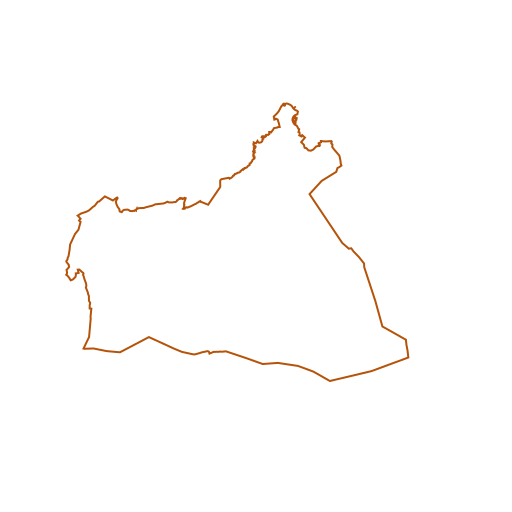 Melhus nor, Sør-Trøndelag, Norway (Albers equal-area conic projection), rotated 23°
{"feature_id": "86288312B97150685823203", "entity_name": "Melhus nor", "entity_type": "district", "adm_level": 2, "iso_a3": "NOR", "parent_name": "Norway", "parent_adm1": "Sør-Trøndelag", "projection": "albers", "projection_center": [10.176, 63.18], "detail": "fine", "context": "isolated", "style": "outline", "palette": "amber", "viewbox_px": 512, "rotation_deg": 23, "n_neighbors": 0, "source": "geoboundaries", "source_scale": "gbopen_adm2", "svg_char_len": 6010}
<svg xmlns="http://www.w3.org/2000/svg" viewBox="0 0 512 512"><g transform="rotate(23 256 256)"><path d="M76.1,288.5L76.7,288.7L79.9,290.3L79.7,290.6L79.3,292.5L81.2,293.2L82.3,301.2L80.8,306.5L80.4,318.0L82.0,323.2L83.5,329.4L83.4,331.4L83.8,332.6L83.7,333.4L83.4,334.9L84.0,335.6L87.1,337.3L87.2,337.7L88.2,338.9L88.2,339.3L87.6,341.4L87.0,342.8L88.5,344.9L88.9,346.5L88.6,347.3L88.7,347.5L90.4,347.9L92.8,349.2L94.9,350.8L95.9,349.9L96.8,348.8L98.0,345.7L97.6,343.9L96.9,342.4L97.8,342.0L99.3,340.8L98.6,340.1L97.9,338.9L97.3,338.2L98.7,337.5L102.3,338.8L103.4,339.0L104.0,339.4L104.2,340.2L104.1,340.9L105.2,341.9L107.0,344.2L110.3,347.7L111.2,349.2L111.6,350.0L111.7,351.5L115.4,355.2L116.4,356.7L117.8,358.1L119.6,362.2L120.3,363.0L121.5,363.7L121.9,364.7L122.1,366.2L123.4,369.3L125.0,368.8L127.4,376.5L128.3,378.2L129.1,380.7L134.0,395.8L133.4,408.6L134.2,408.5L142.6,404.6L155.7,401.9L168.4,397.8L189.1,372.5L216.9,373.3L225.3,373.2L236.0,371.2L238.0,370.6L242.3,367.2L243.7,365.9L248.6,362.5L249.8,362.4L250.3,362.7L251.3,364.0L254.5,360.8L259.6,358.5L260.0,358.1L261.9,357.5L265.6,355.5L285.9,353.9L304.4,352.8L317.8,345.9L337.5,340.8L354.0,340.0L372.8,342.2L407.2,316.9L435.9,289.9L432.4,283.8L429.2,279.0L426.7,274.5L399.9,271.5L383.6,251.0L360.0,224.0L358.4,220.7L351.3,216.8L344.0,213.7L340.7,211.7L339.1,212.6L338.7,213.0L330.3,210.3L281.1,178.1L287.1,161.2L297.0,147.2L296.6,143.2L297.9,141.6L299.3,139.4L297.7,137.6L297.5,137.0L296.2,134.8L293.5,131.0L286.4,127.5L283.5,125.8L283.4,125.1L283.1,124.5L283.0,123.8L282.6,123.4L281.5,123.1L281.2,122.8L281.1,121.2L280.5,120.8L275.2,123.4L272.3,124.4L271.4,124.5L270.8,124.8L271.4,125.9L270.9,126.6L269.7,127.4L269.6,127.6L269.8,127.9L269.8,128.2L270.5,128.4L270.4,128.5L270.9,128.8L270.9,129.1L271.6,129.5L271.4,130.0L270.3,130.3L268.5,131.8L267.2,135.5L265.4,137.6L263.0,138.3L260.2,137.0L259.5,137.3L258.5,137.4L256.6,134.9L253.1,133.5L254.8,127.9L251.3,126.7L251.1,128.2L248.7,128.0L248.8,127.2L247.7,125.2L246.7,125.3L246.6,124.5L246.2,122.4L245.2,122.3L242.8,120.2L240.3,119.9L239.5,119.5L238.2,118.6L236.5,116.8L236.2,116.0L236.0,115.1L236.0,114.9L235.9,114.1L236.2,112.5L236.9,111.1L238.7,109.4L238.1,106.6L236.7,106.2L235.3,106.3L233.5,105.9L232.3,105.3L230.4,104.0L228.8,103.5L226.3,103.4L224.7,103.6L223.6,104.4L223.4,104.8L223.5,104.9L223.2,105.4L223.2,105.9L223.3,106.1L223.7,106.0L223.8,106.2L223.7,106.4L223.3,106.3L223.1,106.0L223.2,105.1L223.0,104.8L222.4,104.8L221.8,105.1L221.7,105.5L222.1,105.3L222.1,105.5L222.1,105.9L222.4,105.4L222.5,105.4L222.6,106.5L222.1,106.8L222.4,106.3L222.4,106.0L222.0,105.9L221.9,106.6L220.9,107.9L220.8,108.6L220.5,112.7L220.3,114.2L219.7,116.3L218.3,119.8L217.9,120.4L217.9,120.8L219.6,123.3L220.3,122.7L220.6,122.2L220.7,121.8L222.6,121.9L225.4,125.2L227.4,128.0L225.8,128.8L225.4,129.4L222.5,131.4L222.4,133.3L222.1,133.9L222.1,134.4L221.5,136.4L220.9,136.2L219.7,136.7L220.6,138.6L220.1,139.0L219.9,139.8L217.9,140.5L217.8,141.5L217.5,142.1L218.2,142.3L217.6,143.2L216.3,142.8L215.6,143.0L214.9,143.4L214.8,143.7L214.8,144.3L215.5,144.2L216.6,145.0L216.4,145.3L216.7,145.5L216.3,145.9L216.3,146.1L216.9,147.3L216.5,149.1L214.9,150.4L214.0,150.6L212.4,149.5L212.2,151.5L211.9,152.3L209.6,152.3L209.9,152.9L210.4,153.4L210.3,153.7L209.9,154.1L210.7,154.8L210.8,155.1L210.8,155.4L211.4,155.6L212.0,155.1L212.8,155.3L212.8,155.6L212.1,155.9L212.0,156.4L213.0,156.5L213.0,157.0L212.8,157.4L212.0,157.8L212.7,158.7L213.2,159.2L212.5,159.5L212.4,159.7L212.5,159.9L213.1,159.9L213.3,159.7L213.7,160.1L213.4,160.6L212.7,160.8L212.6,161.0L212.9,161.2L213.8,161.4L213.3,161.8L213.4,162.0L214.1,161.9L213.7,162.8L213.8,163.1L214.2,163.5L214.2,164.0L214.4,164.1L214.1,164.4L214.9,165.6L216.1,165.6L215.9,166.7L216.4,167.0L216.0,167.6L215.3,168.7L215.2,169.9L215.4,170.5L215.0,171.2L214.9,172.5L214.0,173.3L214.6,174.8L214.5,175.0L214.0,175.4L213.7,175.9L213.2,176.8L213.2,177.4L212.8,178.3L212.2,178.6L212.0,179.1L211.3,179.4L211.3,179.6L211.0,179.8L211.2,180.2L210.8,180.8L210.3,181.0L210.3,181.7L209.8,181.6L209.7,182.0L209.4,182.3L208.8,183.4L208.8,183.7L208.5,184.1L208.7,184.5L208.4,185.0L207.7,185.9L206.9,186.2L206.3,186.9L206.3,187.2L206.0,187.6L205.7,187.7L205.2,188.4L204.5,188.7L204.4,188.9L204.5,189.3L204.2,190.0L204.3,190.4L203.5,191.1L203.5,191.9L203.3,192.6L202.7,193.6L201.9,194.7L201.6,194.8L201.4,195.1L200.8,194.6L200.3,194.7L194.3,198.7L193.7,199.6L193.6,200.7L196.1,206.4L191.9,227.5L184.9,227.6L183.8,227.8L183.3,227.2L182.3,228.2L182.0,229.1L181.1,229.9L180.8,230.7L180.2,231.5L179.8,231.8L177.1,235.1L174.2,238.1L173.4,238.1L173.1,238.5L172.7,238.6L172.2,239.3L172.1,240.1L170.7,241.1L170.3,241.1L170.6,240.2L170.7,238.6L170.3,238.4L170.3,237.9L169.9,237.3L169.9,236.5L169.4,236.2L169.0,235.0L169.0,234.2L168.8,233.0L168.7,230.3L167.4,230.4L167.1,231.0L166.4,232.2L166.1,232.2L165.7,231.8L165.0,232.3L164.7,231.9L164.1,232.0L163.8,232.5L163.6,233.0L163.1,232.8L162.6,234.2L162.3,234.5L162.0,235.3L161.6,235.6L161.6,236.2L161.5,236.6L160.9,237.8L159.5,238.4L157.9,239.5L156.5,240.0L154.8,240.7L153.1,240.7L152.0,242.2L150.3,243.8L143.1,247.8L141.0,250.1L135.8,254.0L134.0,255.6L129.3,257.8L128.0,259.3L127.8,259.7L127.7,259.5L127.6,260.3L127.5,260.7L127.6,260.9L127.1,260.8L126.8,261.0L126.8,261.6L126.3,262.1L125.4,262.3L124.9,262.9L122.4,263.8L120.9,263.4L119.8,263.4L116.8,264.9L116.0,265.7L115.6,266.6L115.3,268.1L113.1,268.2L111.9,266.3L109.4,264.8L107.1,262.6L106.0,261.1L105.7,260.5L105.8,259.6L105.7,258.8L106.0,257.6L106.0,256.8L105.7,256.5L105.3,256.4L104.7,257.2L102.6,260.8L93.6,260.2L90.3,267.1L89.2,267.9L87.9,272.8L86.8,274.3L84.5,279.2L82.8,281.3L78.3,285.3L76.1,288.5ZM239.6,113.2L239.1,113.3L238.4,112.9L237.9,113.8L237.7,113.8L237.6,113.6L237.4,114.0L237.6,113.4L237.5,113.1L237.5,112.7L237.4,113.2L236.9,114.0L236.9,115.2L237.1,115.9L238.0,116.9L238.4,117.2L238.2,117.1L238.4,117.2L238.5,117.1L240.3,117.8L239.1,114.0L239.8,114.2L239.6,113.2ZM233.1,103.4L233.7,103.9L234.4,104.0L233.5,103.5L233.1,103.4Z" fill="none" stroke="#b45309" stroke-width="2"/></g></svg>